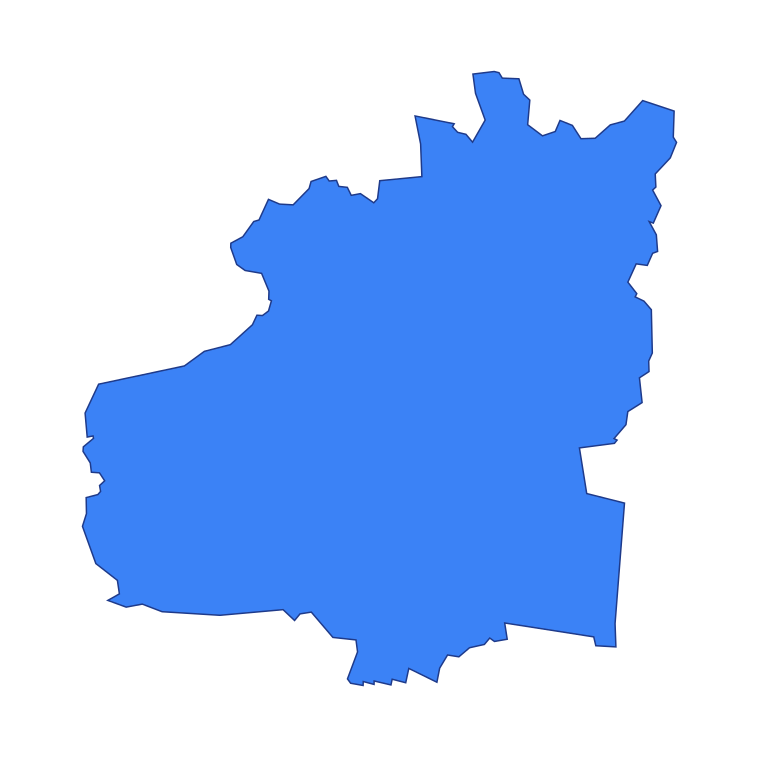 Coeneo, Michoacán, Mexico, rotated 175°
{"feature_id": "50627088B32739795926391", "entity_name": "Coeneo", "entity_type": "district", "adm_level": 2, "iso_a3": "MEX", "parent_name": "Mexico", "parent_adm1": "Michoacán", "projection": "albers", "projection_center": [-101.63, 19.787], "detail": "medium", "context": "isolated", "style": "filled", "palette": "blue", "viewbox_px": 768, "rotation_deg": 175, "n_neighbors": 0, "source": "geoboundaries", "source_scale": "gbopen_adm2", "svg_char_len": 1949}
<svg xmlns="http://www.w3.org/2000/svg" viewBox="0 0 768 768"><g transform="rotate(175 384 384)"><path d="M268.4,685.0L267.5,665.6L260.2,638.1L274.7,617.2L280.6,625.6L288.7,628.3L293.4,634.4L291.4,637.1L329.7,648.3L326.6,619.9L328.2,587.3L370.5,586.9L374.3,569.1L378.4,565.4L390.9,575.7L400.2,574.8L403.4,583.1L411.8,584.8L413.6,591.0L420.9,591.0L423.8,595.9L439.0,592.1L441.6,585.2L458.9,570.4L472.3,572.3L483.0,578.0L494.2,558.3L499.6,557.2L511.8,543.0L524.3,537.6L524.8,533.3L520.3,515.9L512.5,509.2L496.3,504.9L490.5,486.5L491.5,478.4L488.9,476.7L492.7,466.8L499.1,462.8L504.6,463.6L509.9,454.5L533.6,436.6L560.1,432.2L581.3,419.4L668.3,408.7L684.3,381.1L684.3,357.0L678.4,357.6L678.1,355.2L689.0,347.6L689.7,343.1L683.5,331.0L683.2,321.6L675.2,320.3L670.7,311.9L676.2,307.7L675.7,301.7L678.7,298.8L690.6,296.8L691.7,280.8L696.8,268.5L686.7,230.2L666.7,211.6L665.9,198.0L678.0,192.5L660.3,184.2L644.0,185.8L624.9,176.5L567.6,167.9L504.2,168.0L493.7,156.2L487.7,162.3L476.3,163.1L457.0,136.0L434.2,131.5L433.7,119.4L446.1,93.4L443.3,88.8L431.1,85.5L430.6,89.4L420.1,85.6L419.7,89.0L403.3,83.6L401.6,89.2L388.4,84.5L384.1,98.5L357.3,82.3L353.3,96.1L344.3,108.5L333.2,105.7L321.8,113.8L306.7,115.8L300.8,121.7L296.4,117.9L283.5,119.0L284.6,135.4L197.1,113.8L195.8,104.8L175.9,101.9L174.7,125.2L154.8,244.4L191.6,257.2L194.9,303.3L159.6,304.8L156.7,307.8L159.6,309.6L146.5,322.4L143.5,335.3L128.5,343.0L129.0,367.9L118.9,373.3L118.3,383.8L114.0,391.5L111.2,434.7L117.8,443.9L126.2,448.9L124.3,452.0L132.2,464.2L122.3,481.7L111.4,479.2L105.0,490.8L99.9,492.2L99.7,508.9L105.7,522.7L101.7,520.8L92.5,537.5L99.5,553.8L96.0,556.5L95.5,569.6L79.1,584.3L71.5,599.2L74.3,604.7L71.2,630.6L101.6,643.8L121.6,625.0L136.0,622.4L152.2,610.4L166.4,611.2L173.8,625.2L185.7,631.2L191.4,620.6L204.5,617.4L218.3,629.8L214.0,654.1L219.7,660.5L223.0,676.3L239.5,678.4L242.3,684.1L247.0,685.7L268.4,685.0Z" fill="#3b82f6" stroke="#1e3a8a" stroke-width="1.5"/></g></svg>